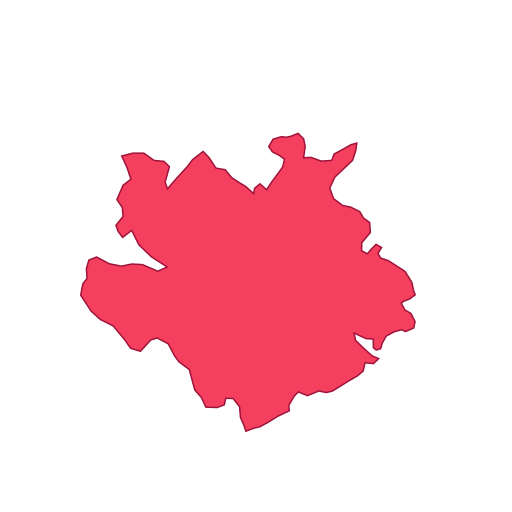 outline of Filousa Chrysochous, Paphos, Cyprus, rotated 130°
{"feature_id": "46923920B66309151890568", "entity_name": "Filousa Chrysochous", "entity_type": "district", "adm_level": 2, "iso_a3": "CYP", "parent_name": "Cyprus", "parent_adm1": "Paphos", "projection": "robinson", "projection_center": [32.502, 34.967], "detail": "fine", "context": "isolated", "style": "filled", "palette": "rose", "viewbox_px": 512, "rotation_deg": 130, "n_neighbors": 0, "source": "geoboundaries", "source_scale": "gbopen_adm2", "svg_char_len": 2121}
<svg xmlns="http://www.w3.org/2000/svg" viewBox="0 0 512 512"><g transform="rotate(130 256 256)"><path d="M183.3,109.1L181.6,112.5L176.0,119.7L172.0,131.9L173.0,140.2L174.5,151.6L177.4,159.1L175.7,164.2L168.8,165.3L169.9,171.5L176.4,172.1L182.7,172.1L184.1,178.5L177.8,183.5L164.4,183.5L157.3,190.5L157.8,198.2L155.3,205.0L157.8,215.2L161.6,222.0L162.2,233.3L156.6,243.1L145.0,246.3L133.5,245.0L120.7,243.5L111.6,247.1L104.8,251.3L104.7,251.4L109.7,254.8L117.8,257.8L127.6,261.7L134.1,259.4L141.4,267.1L145.0,277.1L150.1,282.7L140.4,288.8L135.6,294.9L135.0,302.6L141.8,306.2L145.3,308.9L148.5,313.4L155.6,318.0L164.0,316.6L165.7,310.3L163.9,302.6L163.6,296.4L170.4,292.9L173.9,292.5L188.9,291.6L198.4,290.5L198.2,299.4L205.1,300.6L209.7,297.9L209.4,309.1L210.3,314.3L211.6,325.1L209.7,335.0L214.4,343.2L210.9,354.8L209.9,363.7L220.1,365.9L222.8,366.5L231.6,366.1L247.3,366.8L261.4,367.0L257.8,373.1L243.3,379.7L242.6,387.3L248.3,395.5L249.3,408.0L256.4,416.5L265.7,423.1L271.2,411.6L277.6,401.2L287.2,403.3L302.2,398.8L304.8,389.6L311.0,383.3L322.5,383.0L325.8,377.4L327.5,370.1L316.3,367.7L322.7,352.9L323.9,335.9L321.5,317.0L330.8,321.5L335.6,337.5L342.0,346.0L350.3,352.6L356.3,363.5L359.2,377.4L366.6,381.4L374.7,377.8L381.8,371.0L388.5,370.8L391.6,369.1L398.7,365.1L404.2,347.0L404.7,334.5L401.8,322.3L401.4,320.3L404.7,302.2L407.3,292.8L403.3,283.3L387.8,282.6L382.3,278.9L379.7,266.8L384.9,254.1L386.6,247.1L385.9,234.1L392.8,224.2L398.0,216.7L399.5,206.8L404.0,197.3L397.1,188.4L390.4,184.6L384.4,187.7L379.9,182.0L382.1,171.6L389.7,164.1L393.3,156.8L396.7,151.1L389.6,147.1L384.0,143.1L375.2,139.7L364.8,136.3L353.1,131.0L349.3,134.9L338.9,136.6L333.0,136.3L329.9,126.8L319.0,121.1L315.5,114.5L310.5,110.7L293.1,105.0L282.5,101.2L275.2,100.0L267.7,103.8L262.9,96.8L255.8,96.1L257.8,102.7L257.6,111.4L257.2,118.1L256.6,125.6L252.0,131.3L248.6,118.8L244.3,112.8L250.8,107.1L250.8,103.5L246.9,100.9L241.8,103.2L233.8,104.8L225.4,101.5L218.8,97.0L217.8,92.9L209.8,88.9L204.1,91.9L200.4,100.3L201.6,107.3L198.8,114.3L195.8,113.8L189.9,110.6L183.3,109.1Z" fill="#f43f5e" stroke="#9f1239" stroke-width="1.5"/></g></svg>